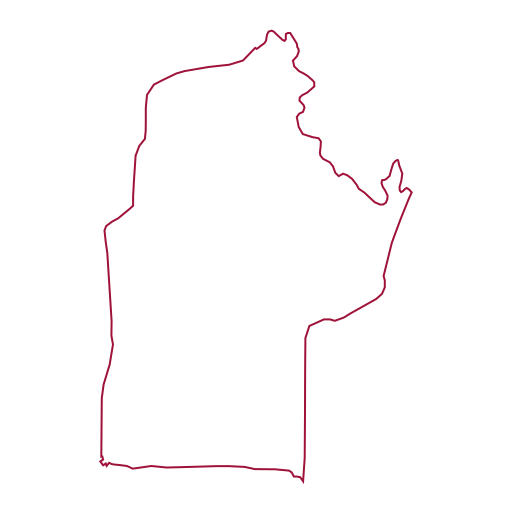 the district of Konobo, Grand Gedeh, Liberia
{"feature_id": "62588387B20671280647544", "entity_name": "Konobo", "entity_type": "district", "adm_level": 2, "iso_a3": "LBR", "parent_name": "Liberia", "parent_adm1": "Grand Gedeh", "projection": "natural_earth1", "projection_center": [-7.832, 5.841], "detail": "fine", "context": "isolated", "style": "outline", "palette": "rose", "viewbox_px": 512, "rotation_deg": 0, "n_neighbors": 0, "source": "geoboundaries", "source_scale": "gbopen_adm2", "svg_char_len": 2348}
<svg xmlns="http://www.w3.org/2000/svg" viewBox="0 0 512 512"><path d="M293.8,476.5L296.5,476.5L300.2,477.2L303.1,481.3L304.7,457.8L305.0,412.7L305.1,379.7L305.2,361.3L305.4,338.0L309.4,325.9L312.6,324.5L323.9,319.4L330.0,319.4L334.8,320.8L343.7,317.6L350.5,313.4L376.3,298.9L382.0,293.8L384.0,289.2L384.8,287.3L384.8,280.3L383.6,276.0L391.8,242.9L393.9,237.1L400.9,218.3L408.6,199.2L411.7,192.4L409.1,189.5L406.6,188.0L404.7,189.2L403.1,191.0L401.1,192.1L399.8,190.5L399.5,187.1L401.3,180.8L402.3,173.6L399.3,165.7L398.3,161.1L397.8,160.0L395.9,160.6L393.2,163.6L391.6,168.6L389.6,175.9L386.3,179.0L384.2,180.0L382.2,180.1L381.5,183.0L382.8,186.9L385.2,190.6L387.6,195.7L387.3,199.3L385.8,202.8L383.1,204.5L380.2,204.6L374.8,202.3L369.5,197.4L364.3,192.5L358.8,188.8L356.6,184.7L352.1,178.9L349.2,176.7L347.0,175.1L343.0,173.7L341.7,174.5L338.7,176.1L335.3,172.8L333.0,166.4L329.8,162.3L323.0,158.8L320.4,155.5L319.9,152.7L320.6,146.6L320.9,141.4L318.5,138.2L312.7,137.2L302.8,134.1L298.7,127.0L298.4,125.4L296.8,117.0L299.2,113.7L303.0,111.9L304.5,107.6L303.6,105.1L299.5,100.7L299.7,97.6L302.2,95.2L307.1,92.7L314.3,86.4L314.2,82.3L312.9,80.6L307.8,76.1L303.7,73.5L299.0,71.1L294.2,66.3L293.6,63.5L292.9,60.7L297.0,56.2L298.8,51.5L298.4,48.8L297.3,47.1L296.8,43.6L291.3,34.7L290.2,33.0L287.8,33.0L285.9,34.0L285.8,36.1L285.8,39.4L284.5,40.9L282.3,39.7L278.3,36.0L273.6,31.5L271.5,30.7L268.6,31.6L267.0,34.8L266.0,40.8L264.2,43.4L262.6,44.5L260.3,46.2L258.6,47.6L256.7,48.9L255.2,47.9L243.0,60.5L229.3,64.7L228.5,64.8L208.3,67.0L184.5,71.1L183.6,71.4L176.5,73.4L162.8,80.0L153.9,84.6L147.0,94.9L145.8,108.0L145.8,113.1L145.8,121.6L145.7,130.7L144.9,138.9L139.3,145.9L135.6,155.7L134.0,180.0L133.9,181.4L133.1,196.9L133.1,205.7L129.5,209.0L123.8,213.7L118.2,218.3L112.1,221.6L106.2,226.0L104.5,230.5L105.7,241.7L107.3,252.9L109.0,279.9L111.6,321.2L111.4,335.5L112.2,340.3L113.0,344.4L111.2,355.1L109.7,364.5L107.3,372.3L103.6,384.6L101.8,397.9L101.7,408.3L101.3,456.6L102.3,456.5L103.1,459.6L100.3,461.4L103.1,465.3L105.7,463.5L106.6,465.9L109.1,462.8L111.3,463.9L113.8,464.5L119.3,465.0L127.0,466.0L132.6,468.6L136.1,468.2L146.3,466.7L151.3,466.0L166.6,467.5L167.2,467.5L183.1,467.1L217.6,466.1L224.8,466.1L228.0,466.1L244.6,466.9L254.8,469.1L275.0,469.3L289.0,470.6L291.8,472.5L293.8,476.5Z" fill="none" stroke="#9f1239" stroke-width="2"/></svg>